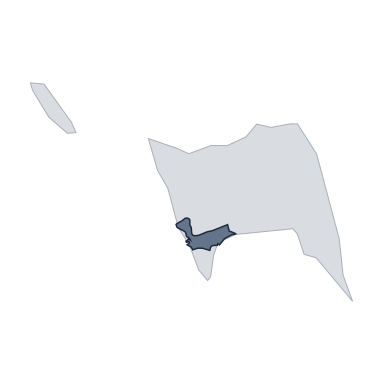 Trinidad and Tobago, with San Juan-Laventille highlighted, rotated 257°
{"feature_id": "TTO-56", "entity_name": "San Juan-Laventille", "entity_type": "Region", "adm_level": 1, "iso_a3": "TTO", "parent_name": "Trinidad and Tobago", "parent_adm1": "", "projection": "orthographic", "projection_center": [-61.431, 10.671], "detail": "fine", "context": "in_parent", "style": "filled", "palette": "slate", "viewbox_px": 384, "rotation_deg": 257, "n_neighbors": 0, "source": "natural_earth", "source_scale": "10m", "svg_char_len": 1376}
<svg xmlns="http://www.w3.org/2000/svg" viewBox="0 0 384 384"><g transform="rotate(257 192 192)"><path d="M234.6,310.1L201.0,322.0L113.4,324.9L77.1,320.5L49.3,323.9L100.0,298.1L106.0,287.2L127.5,285.2L133.6,281.9L140.8,225.0L138.0,211.4L133.7,204.0L125.0,198.6L105.5,191.2L102.2,187.3L114.5,181.0L140.8,177.5L160.4,170.7L201.0,169.3L220.7,163.3L253.9,161.5L237.6,187.6L230.0,197.4L233.0,220.9L229.3,236.9L233.6,257.1L243.6,270.3L237.2,283.4L236.3,303.1L234.6,310.1ZM287.1,90.2L275.9,92.3L277.2,83.9L296.9,69.4L327.0,59.5L334.7,59.1L330.4,72.1L287.1,90.2Z" fill="#d9dde1" stroke="#a8b0b8" stroke-width="1"/><path d="M135.5,179.6L136.4,179.6L139.0,178.4L140.6,176.3L141.7,175.4L142.7,178.0L144.3,178.0L144.3,177.3L144.3,175.2L145.6,175.2L145.7,176.2L146.0,176.8L146.5,177.2L147.1,178.0L145.6,179.6L147.3,179.2L148.5,178.2L149.3,177.2L149.8,176.7L153.8,176.6L154.2,176.7L155.9,175.2L159.8,170.6L161.1,169.4L164.0,169.2L164.7,170.5L166.2,175.8L167.9,179.3L167.7,181.6L166.4,183.2L165.1,183.6L161.5,182.7L160.0,182.6L158.5,183.1L157.2,183.2L151.6,182.4L149.9,182.9L148.7,185.0L148.3,188.7L149.8,197.9L149.7,203.2L152.2,219.3L145.7,219.5L141.6,225.2L141.3,225.2L141.3,221.0L139.2,213.2L134.3,206.9L135.8,205.6L134.4,204.6L135.2,200.2L134.9,199.3L134.1,197.7L131.1,196.2L134.8,189.7L136.0,184.9L135.6,180.5L135.5,179.6Z" fill="#64748b" stroke="#1e293b" stroke-width="1.5"/></g></svg>